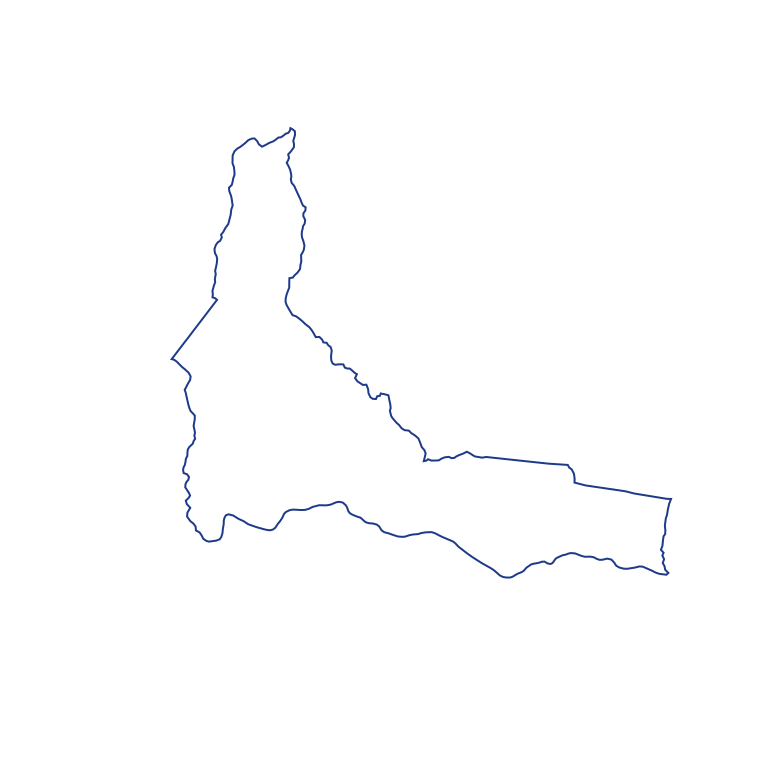 the district of Araçatuba, São Paulo, Brazil, rotated 160°
{"feature_id": "56859067B55105103100347", "entity_name": "Araçatuba", "entity_type": "district", "adm_level": 2, "iso_a3": "BRA", "parent_name": "Brazil", "parent_adm1": "São Paulo", "projection": "orthographic", "projection_center": [-50.576, -21.143], "detail": "fine", "context": "isolated", "style": "outline", "palette": "blue", "viewbox_px": 768, "rotation_deg": 160, "n_neighbors": 0, "source": "geoboundaries", "source_scale": "gbopen_adm2", "svg_char_len": 5386}
<svg xmlns="http://www.w3.org/2000/svg" viewBox="0 0 768 768"><g transform="rotate(160 384 384)"><path d="M602.5,295.8L599.0,295.0L595.2,294.2L591.4,294.3L589.2,295.9L586.9,298.9L585.0,302.9L582.4,307.5L581.3,310.4L579.7,312.8L577.5,314.7L574.6,314.7L570.7,312.0L566.8,307.0L562.9,303.2L559.6,298.7L553.4,293.6L551.0,291.8L547.1,289.0L543.9,286.9L541.1,285.5L538.3,285.2L535.3,286.1L531.7,288.8L528.6,290.6L525.0,293.3L522.4,296.1L519.9,297.3L516.0,297.7L512.4,297.1L504.7,293.8L501.2,292.7L497.3,292.4L493.0,292.9L490.0,292.6L486.5,292.3L481.8,290.5L479.3,289.6L475.5,288.9L469.4,289.2L466.3,288.6L463.2,286.6L461.4,283.2L460.9,280.5L461.0,277.0L460.4,274.5L458.3,271.9L454.5,268.5L451.8,266.4L450.3,263.6L448.6,260.5L446.0,258.5L441.8,256.5L438.8,254.3L437.3,251.9L436.3,247.3L434.5,244.7L432.5,243.3L430.5,241.9L428.5,240.2L423.3,236.1L419.8,234.4L416.7,233.4L411.6,233.2L408.4,232.7L405.8,232.0L403.2,231.3L399.9,231.2L395.4,230.3L390.1,228.6L387.3,226.5L384.9,223.9L381.6,220.4L373.1,212.5L371.5,210.0L369.7,205.7L364.2,197.0L360.3,191.3L353.5,182.4L346.7,174.5L345.1,172.4L343.7,170.2L340.6,164.5L338.1,161.9L335.2,160.3L331.6,159.0L329.1,158.9L323.7,160.0L319.3,160.1L316.7,160.6L312.9,162.7L307.5,164.1L304.9,164.0L302.2,163.4L298.9,163.0L296.4,163.0L293.9,162.2L291.6,159.4L289.1,157.9L286.7,158.2L282.7,161.0L280.4,161.6L274.5,162.0L271.6,161.5L269.0,161.6L266.1,161.2L262.3,159.4L257.7,155.3L254.6,153.1L249.0,151.1L246.2,149.5L243.8,146.8L241.5,145.0L239.1,144.2L234.1,143.6L230.4,141.3L228.7,137.3L228.0,134.0L225.9,131.3L222.3,128.7L218.8,127.2L211.2,125.7L206.4,125.2L203.4,123.9L199.8,120.5L195.7,116.6L193.8,114.4L190.2,111.4L183.9,108.2L181.4,109.2L183.3,113.2L182.7,117.0L183.3,120.4L180.7,123.6L181.1,127.6L179.0,129.8L180.5,133.4L177.7,136.7L175.3,141.7L173.4,145.3L171.2,146.7L169.6,150.4L168.5,154.9L165.1,161.4L162.9,164.1L160.0,169.3L157.0,173.9L153.6,177.8L157.4,179.3L176.3,189.9L186.3,195.5L193.8,200.6L229.2,219.7L238.7,226.2L237.3,229.7L236.2,234.7L236.8,239.5L238.5,242.0L239.0,245.1L256.9,253.0L276.3,262.5L313.0,280.5L316.9,281.2L320.8,283.4L323.3,284.8L324.9,286.7L326.7,289.1L329.3,292.0L333.7,291.5L337.7,291.5L340.9,291.2L343.4,290.5L346.0,291.3L347.9,293.3L351.8,294.3L355.5,294.2L358.6,293.5L362.2,294.6L365.9,296.0L368.3,298.2L370.6,297.5L373.0,297.9L370.7,301.3L368.6,304.5L368.7,308.2L370.1,311.7L370.1,316.9L370.3,321.1L372.4,324.9L375.2,328.6L376.6,331.7L380.5,333.6L382.6,336.4L383.9,340.4L385.5,343.3L386.6,346.2L387.7,349.1L388.2,351.6L387.6,356.9L386.0,359.0L385.0,363.0L384.5,367.0L383.7,371.9L386.7,374.0L390.3,376.2L391.9,374.3L394.6,374.8L396.7,372.6L399.6,373.9L401.3,376.2L401.7,380.8L400.7,384.5L400.8,389.4L404.1,390.3L408.0,395.5L409.2,399.4L406.1,402.5L407.7,404.4L409.5,407.9L410.9,410.2L413.2,411.1L415.2,412.8L415.5,416.3L419.0,417.7L423.3,418.8L425.2,420.7L425.5,424.1L424.3,428.2L421.7,433.2L421.5,437.0L423.2,439.6L423.8,442.3L426.8,443.9L426.9,446.7L428.6,450.3L432.1,451.4L432.7,455.4L433.4,458.9L434.7,462.9L437.6,467.5L438.8,470.0L440.1,472.4L442.0,475.5L443.5,477.7L446.4,480.0L447.5,485.5L448.5,491.5L448.4,494.9L447.1,498.1L444.6,501.8L440.1,507.0L438.9,510.2L437.8,513.1L436.7,515.8L433.3,515.2L430.9,516.7L427.3,518.2L423.6,520.7L421.7,524.6L419.8,527.4L418.8,530.6L417.8,533.6L415.3,535.6L413.5,537.5L411.4,541.3L410.9,545.9L410.9,549.9L410.2,552.6L409.1,555.2L407.4,557.6L406.1,560.0L403.8,561.7L402.0,565.0L402.4,569.4L401.4,571.9L398.5,574.0L397.2,576.8L399.1,579.4L399.4,582.6L399.4,586.5L399.9,591.2L400.3,596.4L400.6,600.8L402.0,604.6L401.6,608.1L400.0,610.8L399.4,613.6L398.9,617.7L399.3,622.0L399.8,625.1L397.6,627.0L395.9,629.0L395.5,632.6L393.0,633.8L390.7,635.2L387.7,637.3L386.5,640.3L386.1,643.5L384.3,645.9L382.4,648.5L381.3,652.0L382.7,654.4L384.4,656.4L386.0,654.0L388.2,652.7L390.9,652.8L393.2,651.9L396.3,651.1L399.1,651.7L401.9,650.7L405.0,649.9L409.5,649.8L413.0,649.2L417.4,648.7L419.6,652.0L420.1,655.6L421.7,659.0L424.0,659.8L428.0,659.6L432.0,657.9L435.2,656.8L438.3,655.9L441.3,655.4L444.9,653.8L448.0,650.6L449.2,647.6L450.9,643.1L450.8,639.3L451.8,635.2L452.8,631.9L455.4,628.7L456.9,626.1L458.9,623.2L462.5,621.5L463.4,618.3L463.4,615.8L463.4,612.7L463.9,609.5L465.2,603.4L467.9,600.1L470.3,595.3L473.2,591.1L475.6,587.6L479.5,585.0L483.2,581.7L486.0,580.1L486.3,577.2L489.0,574.6L491.7,574.0L494.5,572.1L497.2,568.7L498.1,564.7L497.6,561.6L498.0,558.5L499.6,555.1L501.6,551.7L504.0,548.1L504.5,544.8L506.0,542.3L507.2,540.0L507.8,537.4L510.3,534.5L513.3,530.2L514.3,526.5L515.5,524.1L513.4,522.4L512.1,520.2L546.0,498.5L553.6,493.6L556.4,491.9L558.4,490.6L575.0,480.0L572.8,478.4L571.0,475.7L569.3,471.9L567.8,468.8L566.0,465.8L563.8,461.6L563.1,457.3L564.8,454.1L567.3,452.1L569.5,450.2L571.4,448.3L573.3,446.7L573.3,443.4L573.8,440.2L574.4,435.4L574.9,431.7L575.1,428.2L575.0,424.7L573.5,421.4L572.6,419.0L574.0,415.4L575.9,412.1L577.3,409.6L577.8,405.7L578.3,402.8L579.9,400.3L580.2,397.1L582.2,395.7L584.1,393.3L588.5,391.4L590.9,389.4L592.1,386.9L593.4,383.7L595.8,381.4L597.3,378.5L598.9,376.0L601.0,374.1L602.3,371.6L602.7,368.8L600.0,366.6L599.0,363.4L600.6,360.9L602.8,359.7L604.7,357.9L606.1,354.9L605.3,351.6L604.5,348.0L604.4,345.4L606.7,343.7L610.1,342.2L610.4,338.7L608.4,333.9L612.7,330.4L614.4,326.8L612.9,321.4L610.8,318.0L609.8,314.5L610.8,310.7L608.1,307.7L607.2,304.3L606.7,300.2L604.5,297.3L602.5,295.8Z" fill="none" stroke="#1e3a8a" stroke-width="2"/></g></svg>